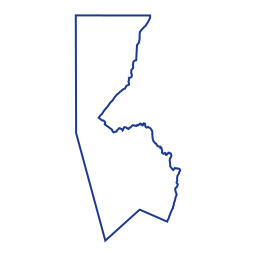 the district of Nkimi, Centro Sur, Equatorial Guinea
{"feature_id": "11065452B74289865102960", "entity_name": "Nkimi", "entity_type": "district", "adm_level": 2, "iso_a3": "GNQ", "parent_name": "Equatorial Guinea", "parent_adm1": "Centro Sur", "projection": "equal_earth", "projection_center": [10.486, 1.923], "detail": "fine", "context": "isolated", "style": "outline", "palette": "blue", "viewbox_px": 256, "rotation_deg": 0, "n_neighbors": 0, "source": "geoboundaries", "source_scale": "gbopen_adm2", "svg_char_len": 4894}
<svg xmlns="http://www.w3.org/2000/svg" viewBox="0 0 256 256"><path d="M148.0,126.9L147.3,127.3L146.9,127.5L146.7,127.5L146.3,127.5L146.0,127.3L145.7,126.9L145.4,126.4L145.2,125.1L145.2,124.5L144.9,123.7L144.3,123.3L144.0,123.3L143.6,123.5L143.4,124.1L143.2,124.8L143.0,125.1L142.7,125.4L142.4,125.4L142.1,125.1L141.9,124.6L141.7,124.3L141.2,124.5L140.9,123.8L140.3,123.6L140.0,123.7L138.2,125.3L137.9,125.1L137.5,124.9L137.2,125.0L136.9,125.2L136.7,125.4L136.7,125.5L136.5,125.8L136.4,126.0L136.0,126.0L135.7,125.8L135.1,125.6L134.9,125.5L134.3,125.6L133.8,125.3L133.7,125.3L133.0,125.2L132.7,125.3L132.1,125.7L132.1,125.8L130.8,127.1L130.5,127.5L129.8,127.5L129.7,127.6L129.1,128.0L128.9,128.2L128.6,128.6L128.5,128.8L128.5,129.0L128.4,129.0L128.1,128.9L127.8,128.7L127.5,128.5L127.4,128.4L127.1,128.3L127.1,128.2L126.9,128.0L126.5,127.7L126.4,127.7L125.7,127.4L124.6,127.1L124.3,127.1L124.1,127.4L123.9,127.7L123.8,127.8L123.4,128.7L123.0,129.9L122.7,130.4L122.6,130.5L122.5,130.3L122.2,129.7L122.0,129.4L121.5,129.0L121.4,129.0L120.6,128.6L120.1,128.3L119.8,128.2L119.3,128.2L119.2,128.2L119.1,128.3L118.9,128.4L118.8,128.5L118.6,129.0L118.3,129.3L118.0,129.4L117.8,129.5L117.7,129.6L116.9,130.6L116.8,130.8L116.5,131.5L116.1,131.7L115.9,131.7L115.6,131.9L115.4,131.9L115.2,131.8L114.9,131.8L114.1,132.1L113.6,132.3L113.4,132.1L113.0,131.8L112.6,131.5L112.4,131.1L112.3,130.4L112.2,130.1L111.7,129.5L111.7,129.4L110.4,128.4L109.7,128.0L108.2,126.8L107.1,126.1L106.2,125.4L105.3,124.9L104.9,124.4L104.8,124.2L104.7,123.9L105.1,122.8L105.1,122.6L105.1,122.4L105.1,122.2L104.8,121.7L104.7,121.6L104.2,121.2L103.8,120.8L103.7,120.8L103.2,120.5L102.9,120.4L102.5,120.5L102.2,120.3L101.9,120.3L98.7,117.7L99.9,116.0L101.0,114.8L101.7,114.3L101.8,114.2L104.3,110.3L105.3,109.2L106.3,107.9L106.8,107.6L106.9,107.4L107.0,107.3L107.5,106.6L108.6,105.3L108.6,105.2L109.0,104.3L109.5,103.8L109.6,103.7L110.1,102.9L110.6,102.3L111.9,101.1L112.6,100.3L113.2,99.6L113.7,98.6L114.8,97.1L115.8,95.9L116.4,95.2L116.5,95.1L116.9,94.5L117.6,94.1L118.1,93.6L118.7,93.1L119.4,92.5L119.8,92.0L120.2,91.7L121.0,91.2L121.8,90.4L122.2,90.1L122.6,89.7L123.2,89.3L123.3,89.3L123.7,88.9L124.1,88.8L124.6,88.7L124.9,88.7L125.0,88.5L125.1,88.4L125.4,87.7L125.7,87.2L125.8,87.1L126.0,86.5L126.3,86.1L126.7,85.6L127.2,85.4L127.6,85.3L128.4,85.0L128.5,85.0L128.6,84.9L128.7,84.7L128.8,84.7L128.9,84.4L129.0,83.3L128.9,83.1L128.7,82.2L128.4,81.5L128.4,81.4L128.6,81.1L128.9,80.5L129.0,80.4L129.0,80.2L129.0,79.9L128.9,79.2L128.9,78.2L128.9,77.9L129.1,77.9L129.7,77.7L130.1,77.7L130.3,77.6L131.2,77.2L131.3,77.1L131.5,76.8L131.5,76.7L131.8,75.7L131.9,74.8L131.9,74.7L131.8,74.4L131.3,73.3L131.2,73.2L131.1,72.9L131.3,72.3L131.3,72.1L131.3,71.0L131.3,70.2L131.4,69.9L132.4,68.9L132.9,68.3L132.9,68.2L133.0,68.2L133.1,67.9L133.2,67.1L133.2,66.9L133.1,66.2L133.0,65.4L133.0,64.8L133.1,63.5L133.3,62.3L133.6,61.5L134.3,60.9L135.1,60.5L136.2,60.2L137.0,45.1L138.9,42.6L139.6,39.1L139.6,35.2L139.9,32.1L141.4,30.0L143.7,27.5L145.7,25.6L148.3,21.5L149.7,18.7L150.1,18.1L150.1,15.5L75.8,15.4L76.1,133.0L105.3,240.6L139.6,209.7L140.3,209.9L167.1,221.6L167.5,220.6L167.8,220.0L168.2,219.3L168.6,218.6L168.9,217.6L169.2,216.5L169.6,215.5L170.0,214.8L170.2,213.9L171.1,211.6L172.3,209.0L172.7,208.6L173.1,208.0L172.9,207.3L173.2,206.3L173.8,205.2L173.8,203.9L173.9,202.8L174.5,201.9L174.8,200.6L175.2,199.4L175.4,198.1L175.7,197.1L176.2,195.9L176.7,194.7L175.4,190.6L175.2,190.0L175.4,188.2L175.6,187.9L176.4,187.4L176.7,187.2L176.9,186.9L177.1,186.5L177.7,184.7L177.8,184.3L177.6,184.0L177.4,183.8L176.7,183.1L176.6,182.5L176.6,182.2L176.9,181.4L177.3,180.7L177.2,180.4L177.1,179.0L177.1,177.7L177.3,176.7L177.6,175.4L178.4,174.4L179.1,173.0L179.0,172.5L179.1,172.1L179.6,171.5L180.1,170.8L180.2,170.4L180.1,169.8L179.5,169.0L179.0,168.7L178.6,168.6L178.0,168.7L177.5,168.7L177.1,168.5L176.8,168.2L176.5,168.3L176.0,168.5L175.6,168.3L175.2,168.1L174.9,168.0L174.5,168.5L173.7,169.5L173.4,170.0L173.0,169.9L172.3,169.1L171.8,168.4L171.4,168.0L170.8,167.3L170.1,165.8L170.2,165.0L170.2,164.3L170.0,163.0L169.7,160.4L169.7,160.0L169.8,159.5L169.8,159.0L170.5,157.5L170.8,157.4L171.1,156.8L171.4,155.9L171.0,153.8L170.6,153.3L169.9,153.4L169.5,153.1L169.0,152.6L168.1,153.1L167.5,153.9L167.2,154.3L166.9,154.6L166.5,154.9L166.0,154.9L165.8,154.6L165.7,154.1L165.6,153.5L165.4,153.0L165.0,152.9L164.5,153.3L164.0,153.6L163.6,153.8L163.3,153.7L162.5,153.3L161.9,152.5L162.1,152.0L162.2,150.4L162.1,150.1L161.9,149.8L161.5,148.7L161.4,147.7L161.2,147.5L160.5,147.8L160.5,147.2L160.2,146.6L159.7,146.7L159.1,146.6L157.9,146.2L156.9,145.3L156.7,144.7L156.2,143.7L155.2,143.3L154.4,142.2L153.9,141.8L153.2,140.5L153.0,139.6L152.6,138.3L152.5,136.4L152.3,134.8L152.4,134.2L152.3,132.9L152.3,132.0L151.9,130.7L151.8,130.2L151.3,129.6L150.5,128.5L149.7,127.8L148.6,127.4L148.3,127.2L148.0,126.9Z" fill="none" stroke="#1e3a8a" stroke-width="2"/></svg>